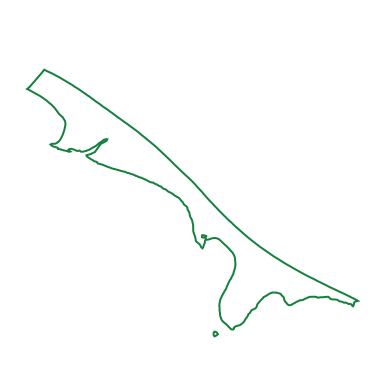 outline of São José do Norte, Rio Grande do Sul, Brazil, rotated 260°
{"feature_id": "56859067B56397932156398", "entity_name": "São José do Norte", "entity_type": "district", "adm_level": 2, "iso_a3": "BRA", "parent_name": "Brazil", "parent_adm1": "Rio Grande do Sul", "projection": "equal_earth", "projection_center": [-51.727, -31.8], "detail": "fine", "context": "isolated", "style": "outline", "palette": "green", "viewbox_px": 384, "rotation_deg": 260, "n_neighbors": 0, "source": "geoboundaries", "source_scale": "gbopen_adm2", "svg_char_len": 5925}
<svg xmlns="http://www.w3.org/2000/svg" viewBox="0 0 384 384"><g transform="rotate(260 192 192)"><path d="M322.1,47.5L320.7,49.4L317.7,53.1L315.9,55.3L313.3,58.6L310.5,61.6L308.4,63.5L307.5,64.5L305.4,66.2L303.9,67.4L302.9,68.4L298.6,71.3L296.7,72.3L292.0,74.6L290.4,75.8L289.0,76.8L288.3,77.6L287.0,78.0L285.4,78.7L284.0,79.2L282.6,79.3L281.4,79.3L279.3,78.7L275.6,77.2L272.7,75.7L270.5,74.4L268.1,72.7L267.0,71.8L265.1,69.9L263.8,67.3L263.3,65.8L263.5,64.4L263.8,62.0L263.3,60.9L261.4,62.5L260.0,65.2L258.8,67.5L257.5,67.6L257.3,69.0L256.3,70.9L255.3,72.8L254.5,75.0L253.7,76.5L252.9,78.0L253.0,79.3L254.8,77.5L255.6,78.5L255.5,80.6L254.8,82.1L254.2,83.3L252.7,85.4L252.3,86.5L252.3,88.5L251.0,89.5L250.6,91.8L250.8,94.6L251.7,98.9L253.1,102.3L253.4,103.7L254.3,105.8L255.5,107.8L256.3,109.2L257.4,111.9L258.0,112.8L258.6,113.9L259.0,116.4L258.6,117.7L257.4,116.8L256.3,114.2L256.0,113.1L255.8,111.9L255.2,110.6L253.0,108.2L248.1,103.2L247.8,101.2L247.0,99.4L246.8,97.3L246.5,94.4L245.6,94.5L244.3,95.6L241.7,98.3L241.1,99.2L240.3,100.1L239.3,100.9L238.7,102.5L237.6,103.9L236.5,104.1L235.8,105.8L234.8,107.8L234.1,109.2L233.4,110.2L232.7,111.3L231.1,113.9L230.6,114.9L229.9,116.0L229.1,117.3L228.4,118.9L227.5,120.8L226.9,122.2L225.2,125.5L224.3,127.7L223.4,129.7L222.0,131.8L221.6,133.0L221.0,134.0L220.2,135.5L219.4,137.0L218.3,138.8L217.5,139.6L217.1,140.8L216.0,142.0L215.4,143.5L214.3,145.3L211.7,149.1L210.7,150.4L209.4,152.0L208.5,153.6L208.0,155.3L207.2,156.2L206.4,157.1L205.8,158.2L204.9,159.5L203.9,160.3L203.3,161.5L202.5,162.7L201.4,163.3L199.9,164.9L199.4,166.1L198.6,167.0L196.7,168.5L195.0,170.9L193.8,172.3L192.9,173.3L191.9,173.8L191.2,174.9L190.0,176.0L189.0,177.5L188.1,178.3L187.2,178.9L186.0,179.5L184.7,180.2L183.8,181.0L182.7,181.4L181.4,181.8L180.0,182.8L178.9,184.0L177.8,184.6L176.8,184.7L175.9,184.5L175.0,184.9L173.7,185.3L172.4,185.8L171.2,185.8L168.5,185.9L167.3,186.1L164.6,187.1L163.2,187.2L161.8,187.3L160.5,187.3L159.2,187.4L157.9,187.1L156.6,187.0L153.8,186.5L152.1,186.5L150.9,186.7L150.0,186.9L148.7,187.1L147.4,187.2L145.9,187.4L144.3,187.4L143.0,187.3L141.8,188.2L140.6,189.2L139.3,190.3L137.9,191.0L136.9,191.2L135.8,191.6L134.7,192.5L135.8,193.5L136.8,194.0L138.4,194.9L139.5,195.7L141.4,196.2L142.5,196.9L143.7,197.6L142.4,198.2L142.3,199.8L142.5,201.7L142.9,203.5L142.8,206.0L142.5,207.3L142.0,208.7L140.4,210.7L138.2,212.4L135.7,214.2L133.3,216.1L129.7,218.6L127.8,219.7L125.1,221.5L123.5,222.0L122.4,222.4L120.4,222.8L118.8,222.9L117.8,222.7L114.8,222.4L113.1,222.2L111.6,221.8L109.9,221.2L108.6,220.7L107.4,219.9L105.6,219.0L104.1,218.5L103.1,217.7L101.8,216.6L100.3,215.6L99.4,214.9L98.5,213.9L96.0,212.1L94.6,211.1L93.6,210.5L92.7,209.8L91.4,209.2L90.4,208.4L89.5,207.6L86.8,205.3L85.3,204.2L84.5,203.4L83.3,202.7L82.0,201.7L80.3,200.9L78.4,200.1L75.8,199.2L74.8,199.2L73.5,199.0L72.3,199.0L70.6,198.5L69.3,198.6L67.1,198.4L65.7,198.3L64.6,198.3L63.6,198.5L62.4,198.6L61.1,198.9L59.3,199.8L57.0,201.6L56.3,202.4L55.0,203.3L53.7,204.2L52.5,204.9L50.7,206.3L49.9,206.9L49.4,208.7L50.2,209.7L51.1,209.7L52.1,211.5L52.3,213.0L52.5,215.4L52.8,216.7L53.4,217.7L53.9,218.8L54.6,220.0L55.7,221.1L58.2,223.1L59.4,224.7L60.9,225.8L61.9,226.4L62.5,227.5L63.2,228.4L64.4,229.4L65.3,230.1L66.0,233.0L66.5,234.5L67.3,235.4L68.8,236.2L70.2,237.0L72.0,239.2L72.7,239.9L73.4,241.0L74.2,241.9L74.9,243.2L75.7,243.7L76.3,245.1L77.0,247.3L77.8,249.1L78.6,251.2L78.9,252.9L79.0,254.6L78.5,256.0L78.3,257.7L77.6,258.8L77.0,260.4L75.9,262.0L74.5,262.3L73.6,263.3L72.3,264.0L71.2,264.1L70.1,264.1L68.3,264.5L66.9,265.4L65.9,266.0L65.0,266.4L63.9,267.4L63.5,268.5L63.6,270.0L64.1,271.5L64.9,273.9L65.7,275.9L66.1,277.9L66.7,279.7L66.3,281.6L66.6,283.1L67.2,284.5L67.5,286.4L68.0,288.0L68.3,289.7L68.1,291.2L67.6,294.4L67.0,296.4L66.1,297.5L66.0,298.8L66.0,300.2L65.7,302.0L65.5,304.6L65.4,306.6L65.1,308.0L64.0,309.0L62.5,310.0L61.8,311.7L61.6,312.9L61.2,314.6L60.6,316.5L59.4,317.4L58.7,318.6L58.1,320.1L57.4,321.4L56.5,322.5L56.5,324.1L55.5,325.6L54.6,326.5L54.5,327.9L53.5,329.7L52.3,329.9L51.5,330.7L52.3,331.5L55.0,332.5L55.8,334.1L55.9,336.5L57.1,335.3L58.7,333.1L61.2,329.7L62.4,328.1L65.0,324.6L66.5,322.5L68.0,320.3L69.4,318.3L74.9,310.5L76.7,308.1L80.8,302.6L82.5,300.2L85.1,296.9L86.3,295.2L87.7,293.2L89.0,291.6L90.5,289.5L93.7,285.5L97.2,281.2L100.6,277.1L102.2,275.2L103.6,273.5L105.7,271.0L107.5,269.0L108.8,267.6L111.3,264.9L113.7,262.1L116.6,259.1L118.4,257.3L120.3,255.4L122.4,253.3L126.7,249.0L131.2,244.9L134.0,242.3L135.5,241.0L137.0,239.7L138.7,238.3L142.6,235.1L149.8,229.4L151.3,228.2L152.9,227.0L154.7,225.8L156.4,224.4L158.0,223.2L160.2,221.6L161.8,220.5L164.1,218.8L166.5,217.2L168.3,215.9L169.3,215.2L170.3,214.6L172.9,212.9L174.4,211.8L175.5,211.1L176.8,210.3L178.1,209.4L179.4,208.5L180.8,207.6L182.3,206.7L183.4,206.0L186.9,203.8L188.2,203.0L189.4,202.4L190.7,201.6L194.8,198.9L199.2,196.2L203.1,193.6L204.9,192.2L206.8,190.9L209.7,188.6L211.6,187.2L214.0,185.4L219.6,181.3L222.5,179.2L228.3,175.1L237.8,168.1L239.3,166.9L242.0,165.0L245.3,162.3L246.3,161.4L253.7,155.1L255.1,153.9L256.6,152.5L260.0,149.7L261.6,148.3L264.4,145.6L266.1,144.0L267.3,142.8L268.8,141.4L269.8,140.5L271.3,139.0L272.5,137.7L276.1,134.3L278.0,132.4L280.0,130.5L281.8,128.8L283.4,127.4L285.1,125.6L285.9,124.8L287.8,123.2L289.5,121.4L290.7,120.1L292.1,118.6L293.9,117.1L295.6,115.4L297.3,113.6L298.5,112.4L299.7,111.4L300.9,110.2L302.3,108.9L303.9,107.4L305.3,105.9L307.0,104.3L308.0,103.2L309.5,101.7L310.8,100.4L312.2,99.0L313.9,97.2L315.9,94.9L318.0,92.8L319.7,90.9L321.2,89.1L323.5,86.5L325.2,84.4L327.0,82.5L329.0,79.9L331.3,77.0L332.9,75.0L334.6,72.5L337.0,69.1L338.1,67.7L335.7,65.1L323.8,50.5L322.1,47.5ZM145.2,197.7L145.0,195.5L145.7,194.0L146.7,194.0L147.6,194.5L147.4,196.1L146.8,197.4L146.0,198.4L145.2,197.7ZM47.1,188.5L45.9,189.1L46.3,190.6L47.3,192.8L48.8,192.4L50.0,191.3L50.6,189.8L49.3,188.7L48.2,188.7L47.1,188.5Z" fill="none" stroke="#15803d" stroke-width="2"/></g></svg>